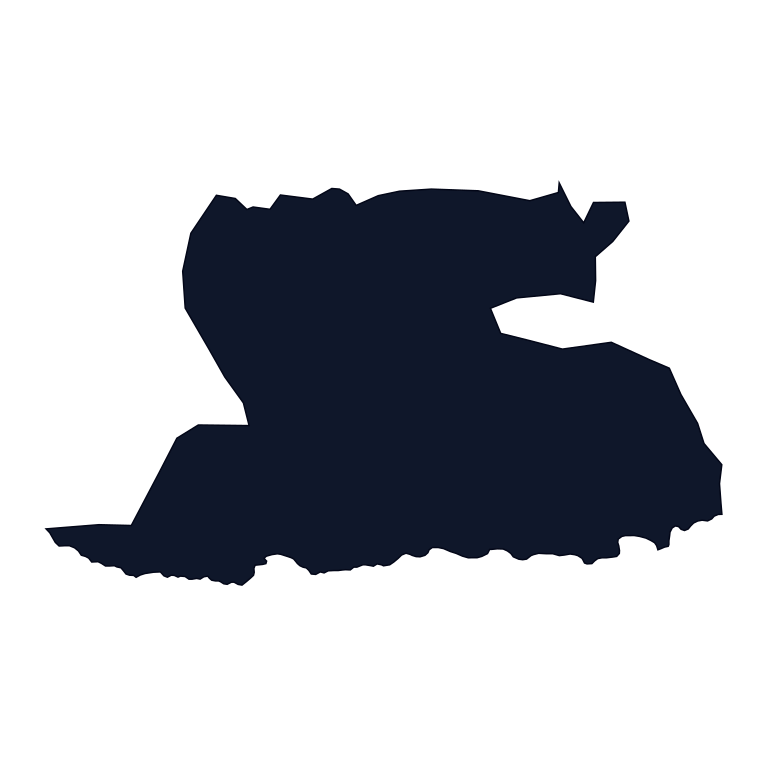 Armavir, Armavir, Armenia (orthographic projection)
{"feature_id": "60910142B17839565239341", "entity_name": "Armavir", "entity_type": "district", "adm_level": 2, "iso_a3": "ARM", "parent_name": "Armenia", "parent_adm1": "Armavir", "projection": "orthographic", "projection_center": [44.066, 40.108], "detail": "fine", "context": "isolated", "style": "filled", "palette": "ink", "viewbox_px": 768, "rotation_deg": 0, "n_neighbors": 0, "source": "geoboundaries", "source_scale": "gbopen_adm2", "svg_char_len": 3165}
<svg xmlns="http://www.w3.org/2000/svg" viewBox="0 0 768 768"><path d="M399.5,191.2L384.8,194.3L378.2,195.7L356.2,205.4L348.1,193.9L339.5,189.1L331.8,188.5L312.7,199.1L280.4,195.0L270.0,209.3L253.1,207.0L246.9,209.5L235.3,198.5L216.4,195.3L190.9,233.2L182.7,271.2L185.2,308.1L208.3,347.9L224.8,377.0L243.4,402.9L249.1,425.6L198.3,425.0L176.9,438.2L158.9,473.1L131.3,525.5L98.9,524.7L46.1,528.9L49.8,532.8L52.6,537.7L55.3,542.4L59.1,546.0L65.2,545.7L69.4,545.7L74.6,547.8L78.5,551.0L81.3,555.2L85.5,556.4L88.7,558.1L91.7,562.0L98.1,561.7L101.5,563.4L105.5,566.0L109.2,566.0L114.4,565.7L116.8,566.9L121.0,567.8L123.5,570.8L126.0,574.0L129.5,575.2L133.7,575.4L136.1,577.3L140.3,575.0L145.0,573.5L153.6,572.2L160.4,571.9L163.9,575.8L167.4,577.2L171.3,575.2L174.3,575.4L178.0,577.1L180.4,576.1L185.1,576.5L189.0,579.2L192.0,579.2L196.7,578.4L200.1,579.1L203.8,576.8L207.7,576.1L209.5,578.3L211.7,580.2L215.4,580.9L218.6,580.9L220.7,581.8L220.8,581.9L223.8,583.8L227.2,584.3L231.4,582.2L234.1,582.2L238.1,584.4L242.0,585.1L246.4,581.6L250.5,578.1L253.5,575.3L253.7,574.5L254.2,572.4L253.9,568.4L255.1,565.2L262.7,564.4L265.9,563.6L266.6,561.1L265.6,560.1L264.1,558.2L266.3,556.2L271.9,554.6L277.4,553.8L280.8,554.3L286.7,556.2L286.8,556.2L291.2,557.7L293.6,558.9L295.9,561.6L297.4,563.5L299.9,565.7L303.1,567.2L306.3,567.9L308.8,570.3L311.3,574.0L315.7,574.4L320.3,571.9L324.1,572.9L328.2,570.8L334.4,570.5L338.3,570.5L342.2,570.0L345.4,569.7L350.3,569.9L353.8,567.1L357.0,567.1L362.8,564.8L365.5,564.8L371.0,565.7L373.4,566.2L377.1,563.9L381.5,564.8L383.5,565.8L389.7,564.8L393.8,562.0L398.0,558.5L401.6,555.0L406.0,553.2L410.2,554.4L412.2,555.4L416.1,556.6L420.1,556.8L425.0,555.3L427.9,552.7L429.1,549.8L432.3,547.5L438.2,547.5L443.6,548.6L450.3,551.5L456.2,553.4L462.4,556.1L468.3,557.8L472.7,557.7L477.2,557.7L481.8,556.4L487.5,553.6L488.7,551.3L489.6,549.4L491.3,549.4L497.5,548.8L503.2,549.0L507.4,550.9L509.7,552.6L510.8,553.4L513.3,556.8L518.8,559.2L522.7,559.7L526.6,559.1L531.0,555.6L533.5,554.6L538.6,553.3L546.0,553.7L552.7,553.7L559.3,555.6L564.5,555.0L570.1,554.0L574.8,554.7L577.8,555.6L582.0,558.3L583.0,560.0L584.5,563.0L587.0,563.9L591.9,563.6L594.6,560.9L597.7,558.6L601.9,557.8L606.3,557.8L613.0,557.0L616.7,556.4L619.3,553.5L619.5,550.5L619.1,548.2L618.8,546.0L617.7,542.4L618.2,539.1L621.9,536.4L625.3,535.6L628.5,535.6L634.1,535.5L639.6,536.4L646.0,538.1L650.9,540.5L654.6,542.7L656.6,545.6L657.4,548.1L657.9,549.8L660.6,548.8L664.5,547.1L668.2,546.3L668.4,545.9L668.9,544.5L668.9,540.8L669.6,535.9L670.0,532.2L672.2,527.9L675.4,525.9L678.6,526.6L681.1,529.3L684.5,530.5L688.2,529.0L690.6,526.0L693.6,523.0L697.7,521.0L702.1,520.2L706.8,520.8L707.6,520.9L711.7,518.9L714.2,516.1L718.3,514.4L721.9,514.3L721.0,503.8L719.5,483.6L721.8,464.7L704.0,443.5L697.6,423.4L680.9,394.5L669.3,368.2L649.2,359.6L611.3,342.3L562.4,349.1L529.6,340.6L500.7,333.4L490.4,308.3L516.6,297.9L560.5,293.7L593.3,302.1L595.6,280.7L595.3,256.7L612.8,241.4L628.9,221.1L624.9,202.2L593.5,202.5L583.7,222.8L570.9,206.5L559.2,182.9L558.4,192.5L556.3,193.1L539.3,198.0L529.8,200.7L478.3,190.8L431.3,189.1L399.5,191.2Z" fill="#0f172a" stroke="#020617" stroke-width="1.5"/></svg>